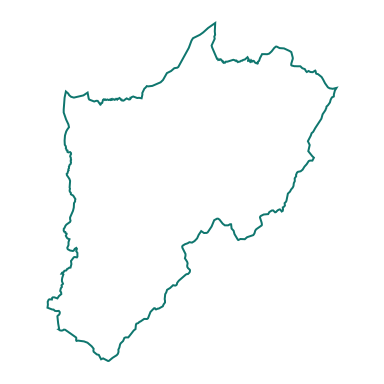 the district of Mae Tha, Lampang, Thailand
{"feature_id": "78962969B93030636788506", "entity_name": "Mae Tha", "entity_type": "district", "adm_level": 2, "iso_a3": "THA", "parent_name": "Thailand", "parent_adm1": "Lampang", "projection": "equal_earth", "projection_center": [99.567, 18.089], "detail": "fine", "context": "isolated", "style": "outline", "palette": "teal", "viewbox_px": 384, "rotation_deg": 0, "n_neighbors": 0, "source": "geoboundaries", "source_scale": "gbopen_adm2", "svg_char_len": 5778}
<svg xmlns="http://www.w3.org/2000/svg" viewBox="0 0 384 384"><path d="M61.5,273.7L62.9,273.7L63.4,274.3L62.2,278.0L61.9,280.1L62.0,281.4L63.0,283.8L61.5,285.3L61.9,286.9L60.8,288.3L60.2,291.0L61.1,292.3L61.3,294.1L59.0,296.0L57.4,298.4L54.2,297.3L52.7,297.4L52.1,298.0L51.9,299.5L49.3,299.3L48.6,299.8L47.7,301.8L47.9,304.7L47.5,307.7L52.2,309.5L53.6,309.6L54.8,310.8L56.4,311.1L58.8,310.9L59.7,312.0L59.8,312.9L59.5,314.0L58.9,314.9L57.7,315.7L57.4,316.4L58.2,323.7L59.1,328.7L58.9,329.3L58.6,329.4L60.1,330.4L61.5,330.6L62.7,330.4L63.9,329.6L65.2,329.8L76.0,337.4L76.3,338.0L76.1,340.1L76.5,340.9L78.1,340.6L84.0,341.4L87.5,342.7L91.7,346.3L93.6,348.7L93.4,350.8L93.7,351.8L96.8,354.4L98.8,354.9L101.1,359.3L103.1,358.4L108.1,361.0L109.0,360.8L112.6,357.8L116.7,355.2L117.9,353.8L118.5,351.9L118.4,349.6L119.4,347.5L120.0,344.7L120.6,343.4L123.1,341.0L124.4,337.9L125.6,337.4L128.3,337.4L133.8,330.4L135.5,329.1L135.9,324.9L136.4,323.7L138.2,323.1L139.5,321.8L140.3,321.6L144.2,318.9L147.0,319.0L148.0,318.3L150.5,311.9L154.0,308.3L154.8,308.2L155.6,309.3L156.1,309.4L157.9,308.6L158.7,308.6L162.8,306.3L163.6,304.4L165.0,302.5L165.0,300.7L164.7,299.1L165.2,294.2L166.2,292.5L167.1,289.8L170.1,288.0L173.1,285.2L175.2,285.6L176.2,285.2L176.8,284.5L177.2,282.8L178.8,280.7L185.7,274.7L186.5,274.2L188.0,274.0L189.2,272.8L189.8,271.9L190.0,270.6L189.8,269.7L188.1,268.2L187.3,266.9L187.2,265.6L187.6,263.3L187.1,261.7L184.9,258.3L185.5,255.9L185.5,254.0L182.4,247.8L182.2,246.6L182.6,245.7L185.0,244.2L187.6,243.3L189.4,242.2L192.0,242.6L194.5,241.1L197.1,238.4L198.7,234.8L201.2,231.1L204.0,233.0L206.7,232.9L207.7,232.3L211.6,226.5L214.2,220.2L217.0,218.7L218.1,218.7L219.5,219.6L222.7,223.7L224.8,225.3L228.2,225.3L230.2,224.2L231.1,224.3L231.6,228.6L233.6,230.7L234.5,234.1L237.9,239.8L238.4,240.0L240.4,239.0L244.8,239.2L247.1,237.2L253.3,235.1L254.4,233.5L255.3,230.5L256.3,229.2L261.7,225.4L261.9,224.3L261.6,222.6L260.0,217.6L260.2,216.6L260.9,215.9L263.7,214.5L268.2,214.1L269.3,212.1L271.8,210.5L273.1,210.4L275.1,212.3L275.9,212.1L277.7,210.3L279.5,209.4L280.3,209.6L281.7,211.5L282.7,210.9L283.0,209.5L282.8,207.4L283.9,206.8L284.9,205.6L284.6,203.2L286.1,201.6L286.5,200.5L287.9,193.6L290.0,191.6L291.1,189.5L292.8,187.5L293.5,185.9L293.8,183.2L294.8,181.1L294.7,178.3L296.2,176.2L296.0,175.0L297.0,172.6L298.0,171.8L300.6,171.3L302.6,169.7L304.5,166.6L306.6,164.3L308.7,161.1L309.8,160.6L312.4,160.6L313.9,157.7L312.3,156.2L308.3,151.2L309.7,145.0L307.9,141.2L310.8,135.6L311.6,133.2L313.2,131.8L315.3,128.0L321.4,118.7L322.6,114.3L325.4,110.2L325.7,109.2L326.2,108.4L326.5,106.6L328.0,105.2L329.9,102.5L330.7,99.6L331.9,97.4L333.8,96.5L333.9,94.3L334.9,90.5L336.5,87.9L332.8,88.8L329.6,88.3L327.9,87.3L325.0,83.2L323.1,79.5L321.6,77.0L318.1,74.2L316.3,73.7L315.9,72.8L315.6,71.1L315.2,70.6L312.7,72.2L310.4,72.0L308.6,71.0L306.8,72.0L306.0,71.2L304.8,69.1L302.3,68.2L300.4,66.3L294.3,66.2L291.6,65.5L291.2,65.0L291.3,63.6L292.8,58.7L292.7,57.4L291.3,52.1L289.6,51.0L284.0,48.4L279.6,48.1L276.7,46.6L275.9,46.6L274.3,47.9L271.6,51.4L269.2,53.6L267.3,54.2L262.1,54.1L260.0,58.1L259.1,60.8L258.0,61.7L257.8,63.4L257.3,63.6L256.6,62.9L256.0,63.1L254.7,62.3L254.1,61.2L253.6,60.9L252.7,60.9L252.0,61.6L251.0,60.2L250.6,60.8L250.7,61.7L250.3,62.0L249.3,60.6L248.1,60.9L248.0,60.3L248.7,59.3L247.5,57.2L244.9,59.5L243.0,60.0L242.4,60.6L241.3,60.7L239.7,61.7L238.7,61.7L237.9,62.1L236.6,60.7L236.2,61.0L235.9,60.6L235.3,60.7L235.0,60.3L233.3,59.8L227.3,61.7L225.8,61.7L225.1,62.6L224.4,62.4L224.1,62.7L223.2,61.7L223.0,62.2L222.3,61.4L222.3,60.7L221.4,60.3L220.9,59.4L220.1,59.2L219.4,59.9L219.0,59.7L218.2,60.0L217.6,58.7L217.0,58.8L212.1,47.4L211.6,45.5L214.7,38.8L214.3,36.6L215.1,34.8L214.8,31.4L215.2,23.0L208.2,27.9L203.1,32.5L199.9,34.8L193.0,38.2L191.5,40.6L188.8,47.9L178.3,67.0L177.3,67.7L174.3,68.2L171.1,71.0L166.9,73.1L163.0,80.0L160.6,82.3L152.3,85.9L148.0,86.4L146.8,86.1L145.4,87.8L144.4,88.6L142.3,93.0L142.4,94.5L141.6,98.3L139.0,97.8L137.2,98.0L133.2,96.5L131.5,97.2L131.1,97.8L130.4,97.8L130.4,98.8L130.0,99.3L129.0,99.5L126.6,98.4L123.6,100.6L122.0,100.5L121.6,99.6L120.9,99.7L120.4,98.7L119.4,98.0L118.3,98.9L117.7,98.8L117.2,99.5L116.7,98.9L116.1,98.8L115.7,99.4L114.5,99.8L113.8,99.2L112.3,99.7L111.9,98.9L111.2,99.2L111.1,100.0L110.5,100.1L110.1,100.0L110.0,99.5L108.5,100.0L107.4,99.5L106.1,100.0L105.5,99.5L104.8,99.9L104.4,99.4L103.7,99.3L103.0,99.9L102.2,102.9L101.5,103.1L100.8,104.2L100.4,103.8L100.1,104.3L97.7,100.9L96.3,100.8L94.2,101.5L89.3,99.6L88.7,98.6L87.6,92.6L83.4,95.4L73.9,97.6L71.1,96.8L69.2,95.2L68.2,93.5L65.9,91.5L64.6,97.6L63.7,109.5L63.7,112.5L66.1,119.5L68.4,124.4L69.0,127.2L67.3,129.5L66.2,131.5L65.0,135.5L64.6,140.6L64.8,144.8L65.7,146.1L66.0,147.4L65.8,148.3L66.2,148.9L66.5,150.0L67.5,150.5L67.3,151.5L67.5,152.0L68.3,152.4L70.1,152.1L70.9,152.9L71.1,154.0L70.4,155.3L70.2,156.5L70.9,158.0L70.8,158.9L71.1,159.8L70.7,160.3L70.9,160.9L70.7,161.7L71.0,162.3L70.7,163.9L69.6,164.9L69.3,166.1L68.9,166.5L69.0,168.2L68.3,169.3L68.6,170.4L68.2,170.7L67.4,173.4L66.7,173.9L66.9,175.2L69.4,178.9L70.1,180.9L69.6,187.5L70.0,188.8L69.6,190.2L69.8,191.6L70.8,192.8L70.9,194.3L73.2,195.6L75.4,199.1L75.1,199.9L75.1,201.4L74.0,203.2L73.8,207.5L73.0,210.8L70.1,217.4L70.1,219.2L70.5,220.5L70.3,221.5L70.0,222.0L66.4,224.6L65.4,225.9L64.6,227.8L63.8,228.7L63.7,230.7L64.2,231.7L65.3,232.0L65.5,233.0L66.6,233.6L66.6,234.2L65.8,235.8L66.8,237.6L67.6,238.5L69.5,239.2L68.5,242.1L68.5,245.1L67.3,247.7L67.5,248.7L67.9,249.3L70.1,250.5L72.9,251.0L73.7,250.6L74.8,248.8L76.3,247.9L76.9,248.8L76.2,251.1L77.4,252.9L77.4,256.7L76.9,257.4L74.8,257.0L73.8,257.3L71.0,261.0L71.4,264.1L70.5,267.6L69.2,267.7L68.3,268.5L67.3,268.8L66.3,270.4L64.4,270.8L63.6,272.1L62.1,272.7L61.5,273.7Z" fill="none" stroke="#0f766e" stroke-width="2"/></svg>